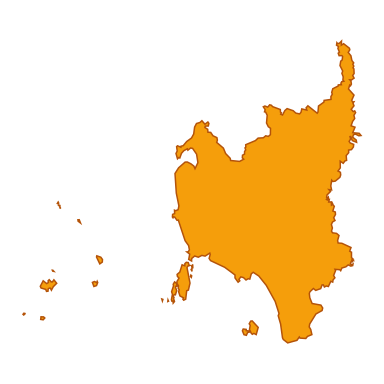 La-Ngu, Satun, Thailand
{"feature_id": "78962969B4904051654531", "entity_name": "La-Ngu", "entity_type": "district", "adm_level": 2, "iso_a3": "THA", "parent_name": "Thailand", "parent_adm1": "Satun", "projection": "robinson", "projection_center": [99.786, 6.925], "detail": "fine", "context": "isolated", "style": "filled", "palette": "amber", "viewbox_px": 384, "rotation_deg": 0, "n_neighbors": 0, "source": "geoboundaries", "source_scale": "gbopen_adm2", "svg_char_len": 6031}
<svg xmlns="http://www.w3.org/2000/svg" viewBox="0 0 384 384"><path d="M334.3,206.3L332.5,204.3L331.5,205.1L331.4,203.4L332.5,203.5L331.7,201.9L328.7,202.0L329.3,199.5L327.3,200.0L326.5,199.3L328.5,198.2L328.3,197.1L327.5,198.1L326.6,197.4L327.0,195.0L330.5,191.5L328.9,189.6L331.6,190.0L330.8,186.0L331.7,180.2L332.8,181.5L335.3,181.1L339.9,177.3L340.7,174.9L340.4,172.3L338.0,171.0L340.3,167.9L340.2,161.2L343.2,163.3L345.0,160.9L346.6,160.4L346.2,155.6L348.7,152.7L348.6,150.1L351.5,149.6L353.4,147.0L353.7,144.4L350.1,142.9L349.1,141.4L350.6,139.1L350.0,136.6L350.7,136.5L352.3,140.6L356.6,142.3L356.2,140.0L352.7,137.2L353.4,134.8L355.4,134.1L358.9,135.8L361.0,135.5L359.2,133.3L352.7,132.7L355.0,127.2L351.1,125.8L352.6,121.4L354.7,118.5L353.9,115.3L355.6,112.6L354.7,110.9L353.2,111.6L351.2,109.3L354.0,105.8L353.0,103.2L353.9,101.8L352.6,102.0L351.7,100.3L354.0,95.1L348.5,89.0L349.7,85.1L350.5,85.8L351.4,84.1L351.0,81.2L349.8,79.8L351.6,79.9L354.1,78.1L352.7,75.6L354.1,73.5L353.9,68.9L353.0,67.8L353.8,66.1L352.8,64.2L353.7,62.9L351.9,60.5L350.9,55.7L348.2,52.4L349.8,49.8L349.4,48.2L343.6,43.7L341.3,45.2L341.5,41.1L339.3,43.3L337.6,43.6L336.9,42.7L336.5,45.2L338.5,46.5L337.9,48.4L339.4,52.2L338.2,53.2L339.1,55.7L341.9,55.6L342.6,56.5L342.2,59.9L340.7,61.2L340.0,65.6L342.7,71.0L341.9,73.4L343.2,76.8L342.9,80.0L343.9,81.2L341.7,81.7L340.9,83.2L341.4,84.7L338.3,84.9L338.2,86.0L332.8,88.7L331.7,92.4L332.3,94.1L330.9,96.6L331.0,99.4L324.1,100.4L323.9,102.1L318.5,106.0L318.0,111.9L317.2,113.2L307.9,105.8L306.1,107.8L306.8,110.1L301.8,108.9L301.0,112.3L299.6,113.9L295.8,113.1L293.2,110.7L287.1,108.6L284.9,110.5L282.5,115.0L280.7,114.2L281.4,112.8L280.5,112.2L280.3,109.5L272.5,106.6L271.5,105.3L269.7,104.8L267.7,107.1L264.9,106.0L263.3,106.8L265.2,109.7L264.5,111.8L265.7,112.2L267.2,115.3L266.5,123.0L268.3,126.7L270.5,128.3L270.4,134.7L268.3,136.4L265.7,135.8L263.3,137.8L258.1,138.1L255.4,140.6L245.7,144.7L245.8,147.2L245.0,147.9L245.7,149.9L244.6,151.4L244.5,154.1L242.5,155.2L242.3,157.8L243.7,159.2L239.6,161.4L230.6,160.5L230.2,158.3L225.6,153.5L223.4,148.1L216.7,142.4L217.4,140.1L216.9,137.6L213.0,135.8L210.7,132.4L207.9,132.2L207.7,129.3L204.9,127.5L205.3,126.1L208.3,126.0L208.9,123.4L207.9,122.0L204.9,124.2L201.9,120.7L199.9,122.5L196.5,123.5L194.6,127.1L193.7,134.0L191.5,138.0L186.7,141.5L183.2,145.7L181.0,146.2L180.9,147.2L177.5,145.8L176.6,146.6L177.2,151.0L176.0,153.5L177.5,158.8L178.7,157.6L179.8,158.0L181.5,153.3L183.8,150.7L187.3,148.8L187.9,150.2L190.6,148.0L192.6,148.4L196.6,154.2L197.9,162.7L195.0,168.7L193.9,166.1L190.9,163.8L187.3,162.0L185.1,162.1L178.6,167.8L175.0,173.5L176.3,193.1L178.9,205.9L178.1,209.7L175.6,210.7L174.5,210.2L174.6,213.6L172.6,214.4L172.4,217.0L173.0,217.8L173.5,216.8L174.7,217.1L177.0,220.3L178.3,220.1L185.1,240.7L188.6,245.6L189.4,249.9L188.2,251.8L186.9,251.9L189.7,254.1L188.7,259.4L191.6,261.0L191.7,258.5L194.7,256.0L198.3,257.2L201.9,255.4L205.1,256.1L209.8,253.1L210.2,254.5L209.1,258.4L210.5,260.6L224.7,267.3L232.8,273.3L235.0,275.0L235.0,277.9L238.1,282.2L239.8,280.8L238.9,279.4L240.8,276.9L243.5,277.6L246.0,280.0L248.2,278.7L249.8,279.1L251.3,273.8L253.2,272.3L258.8,276.0L266.3,285.4L275.2,301.5L279.0,313.5L278.2,315.7L280.6,324.0L282.5,337.8L283.3,339.5L287.7,342.9L297.0,340.3L299.3,337.0L300.0,338.1L305.8,338.5L307.5,336.4L311.9,334.6L310.7,329.4L309.2,326.9L309.7,324.0L315.9,314.0L322.1,310.5L322.7,308.0L320.9,305.1L312.1,303.5L309.8,297.8L309.3,293.5L309.9,291.8L313.4,288.5L315.7,290.4L320.7,288.6L322.1,284.9L323.4,284.9L324.4,287.0L326.3,286.0L328.4,286.5L330.8,281.3L332.7,282.1L333.1,279.8L334.9,277.8L333.6,275.5L335.6,270.5L335.0,269.3L339.8,269.7L340.7,270.7L341.9,268.0L345.9,266.8L348.2,264.9L350.8,266.1L352.7,265.6L353.0,264.0L351.6,264.7L350.3,263.9L351.0,261.9L352.4,261.8L351.8,260.6L353.4,260.6L352.3,259.4L353.1,259.1L351.5,257.6L351.5,252.2L349.7,251.2L351.0,247.5L341.9,243.3L338.1,243.0L337.6,240.5L339.0,235.5L336.6,233.4L332.5,232.8L331.5,231.1L332.4,228.0L331.4,224.5L332.5,222.0L335.0,220.5L333.7,217.8L335.5,214.4L335.3,212.0L332.8,211.0L334.3,206.3ZM188.3,262.6L186.3,262.3L184.9,263.6L184.8,265.8L182.1,264.8L179.8,272.1L177.1,274.4L177.4,276.4L179.0,278.1L177.0,281.4L177.0,283.4L178.5,285.8L178.2,288.3L179.2,289.8L178.6,291.7L180.0,296.0L183.5,297.8L182.9,299.2L183.7,300.2L185.7,299.2L186.7,290.7L188.4,290.1L190.0,283.1L187.0,267.6L187.7,266.2L189.9,265.4L189.0,265.1L188.3,262.6ZM51.2,281.9L49.2,279.7L48.1,280.8L48.4,282.5L46.7,283.6L43.2,280.8L40.3,286.3L41.0,288.0L45.7,289.4L46.5,291.4L48.0,291.2L48.2,288.9L49.3,288.1L50.4,288.2L51.4,290.2L53.3,286.7L56.7,283.3L53.9,279.8L52.4,281.9L51.2,281.9ZM256.2,334.6L258.2,327.4L252.2,320.9L250.7,321.1L249.2,323.8L250.2,325.3L249.5,329.5L251.2,333.2L252.3,334.3L253.9,333.4L256.2,334.6ZM176.7,283.5L174.6,281.9L173.2,284.3L173.5,285.9L171.6,291.7L172.4,294.3L171.4,299.8L171.9,301.2L173.0,301.0L173.2,303.1L174.5,301.5L173.6,298.7L174.0,297.3L172.9,296.1L174.4,294.6L175.4,294.8L176.7,290.6L175.5,287.4L175.7,286.3L176.9,286.2L176.7,283.5ZM99.8,263.9L102.3,262.1L102.5,259.5L100.8,257.2L96.8,255.8L96.5,257.0L99.8,263.9ZM246.2,330.7L246.2,329.4L243.2,329.0L242.4,330.8L244.0,334.7L246.4,335.3L247.6,332.5L249.3,332.1L248.6,330.9L246.2,330.7ZM97.7,282.5L97.2,281.4L96.8,282.6L94.4,281.5L92.4,282.4L93.9,286.5L96.5,285.6L97.7,282.5ZM43.6,316.9L41.0,316.8L40.7,319.4L43.2,319.8L44.8,318.0L43.6,316.9ZM80.5,223.0L79.2,219.7L77.9,219.8L78.1,221.2L80.5,223.0ZM192.8,267.8L192.7,264.4L191.7,266.5L192.1,268.0L192.8,267.8ZM23.7,315.0L24.9,314.0L25.0,313.5L23.9,313.2L23.0,314.3L23.7,315.0ZM58.7,204.2L58.5,202.5L58.2,202.0L57.3,203.5L58.7,204.2ZM191.3,277.4L191.7,275.8L190.9,275.1L190.5,276.5L191.3,277.4ZM162.4,301.0L162.9,299.4L161.8,299.0L162.4,301.0ZM192.0,271.4L191.9,268.5L191.1,269.5L192.0,271.4ZM53.9,271.4L52.8,270.2L52.3,270.2L52.8,271.2L53.9,271.4ZM59.9,205.6L59.0,205.7L59.9,206.5L59.9,205.6ZM59.8,207.8L60.7,208.5L60.1,207.3L59.8,207.8ZM167.8,301.5L168.5,301.2L168.0,300.0L167.8,301.5Z" fill="#f59e0b" stroke="#b45309" stroke-width="1.5"/></svg>